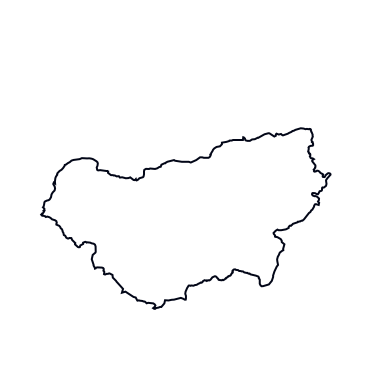 Sijunjung, Sumatera Barat, Indonesia, rotated 308°
{"feature_id": "22746128B5140836931072", "entity_name": "Sijunjung", "entity_type": "district", "adm_level": 2, "iso_a3": "IDN", "parent_name": "Indonesia", "parent_adm1": "Sumatera Barat", "projection": "orthographic", "projection_center": [101.017, -0.649], "detail": "fine", "context": "isolated", "style": "outline", "palette": "ink", "viewbox_px": 384, "rotation_deg": 308, "n_neighbors": 0, "source": "geoboundaries", "source_scale": "gbopen_adm2", "svg_char_len": 5957}
<svg xmlns="http://www.w3.org/2000/svg" viewBox="0 0 384 384"><g transform="rotate(308 192 192)"><path d="M314.5,246.6L314.1,245.8L313.1,245.0L312.5,243.7L311.4,242.8L310.7,240.9L309.2,238.5L304.6,235.2L302.9,234.5L301.9,233.6L300.7,233.4L298.3,232.1L296.9,231.6L292.6,228.8L292.4,227.9L292.5,226.4L290.7,225.0L290.0,222.7L289.0,222.6L287.9,223.4L286.4,222.7L285.9,216.9L285.3,216.0L282.1,213.6L275.4,210.8L275.3,210.4L272.3,209.0L270.4,207.0L267.9,206.1L266.5,204.3L265.8,202.8L265.8,202.0L266.7,200.8L266.9,199.3L266.7,198.7L264.3,200.1L258.2,192.3L257.1,191.7L255.6,189.9L255.0,189.9L252.6,188.2L249.3,185.2L248.0,186.2L245.2,185.9L242.6,183.6L240.0,182.7L238.3,182.6L236.6,183.0L234.8,183.1L232.8,183.9L232.6,183.6L232.1,184.2L230.3,184.4L229.1,183.9L226.3,180.4L225.6,178.7L224.3,177.0L219.8,175.7L214.5,172.9L213.8,170.8L209.6,165.5L206.2,159.4L206.1,158.2L200.7,154.0L199.1,153.3L198.3,153.3L198.0,152.8L194.7,151.1L192.6,151.8L191.7,150.9L189.2,150.0L187.4,148.7L184.7,144.5L183.7,144.0L181.9,141.5L180.4,140.9L180.0,140.8L178.8,141.4L176.4,143.3L174.3,144.3L173.4,144.2L170.5,142.1L168.6,141.9L167.1,141.3L167.1,140.5L167.6,139.8L166.2,139.7L165.5,138.5L165.5,134.3L163.9,133.4L162.1,131.4L160.6,127.9L159.0,126.3L159.4,124.6L157.9,123.0L157.5,120.9L156.8,120.2L156.7,119.5L155.4,117.7L155.4,114.0L157.3,112.9L157.0,113.0L155.9,111.7L152.7,106.2L151.2,104.7L151.1,103.6L152.7,101.8L154.4,101.4L156.4,100.3L157.2,99.3L157.4,97.8L157.0,94.0L156.5,92.5L155.5,90.6L153.7,88.4L150.9,84.4L148.7,83.2L144.3,78.9L142.5,77.7L140.3,77.3L138.3,76.4L136.0,75.8L135.0,75.1L134.2,75.5L131.5,75.7L129.2,75.5L127.0,74.7L124.0,74.4L122.8,74.8L122.6,75.2L120.4,75.3L118.8,75.8L115.9,77.5L114.5,78.8L114.5,77.3L113.2,77.6L112.7,78.0L111.8,80.4L110.5,81.9L108.6,82.8L106.0,82.5L103.6,82.8L101.1,84.1L98.8,84.4L98.0,84.3L96.9,83.8L96.2,83.1L94.1,82.0L93.1,82.0L91.2,83.1L89.0,84.1L88.2,84.0L87.9,86.0L86.8,86.6L87.1,86.7L86.2,86.6L86.5,87.2L85.4,87.5L82.8,87.6L82.7,87.2L81.3,87.1L81.1,88.6L81.6,88.8L82.2,90.8L82.5,91.3L82.3,92.2L83.6,93.2L84.2,94.8L84.5,96.4L84.3,98.5L85.4,101.4L85.5,103.0L84.5,104.4L83.2,104.8L82.8,105.2L83.6,108.2L83.3,109.7L82.6,110.9L82.6,112.4L81.8,113.8L81.1,114.5L80.7,115.7L79.2,117.5L79.5,119.0L78.6,121.0L78.8,122.6L79.3,123.3L80.3,123.7L81.4,125.3L80.4,127.1L79.9,131.5L79.0,131.7L78.7,132.1L78.4,136.0L78.8,136.9L79.5,137.5L81.1,136.9L84.0,138.2L85.0,137.4L86.8,138.4L87.2,138.9L87.3,140.1L87.7,140.2L89.4,142.9L89.8,144.6L90.7,146.3L90.8,147.9L89.8,149.5L85.5,153.0L84.7,153.2L81.3,152.5L77.3,154.4L74.1,159.2L73.4,159.8L72.4,162.2L71.9,162.7L72.5,163.1L73.3,163.0L74.3,163.8L77.0,167.6L77.4,168.9L77.0,169.9L75.4,170.7L75.4,171.6L74.8,172.3L73.1,173.2L73.2,173.8L73.7,174.5L74.9,175.1L75.9,176.3L76.6,176.6L77.1,177.2L77.7,180.4L75.8,182.3L75.2,186.9L74.9,187.6L73.2,197.3L69.5,198.8L72.5,200.9L73.3,210.5L74.2,212.6L72.8,215.7L72.9,216.1L73.9,216.8L74.2,217.7L75.7,220.2L75.8,221.1L76.4,221.9L76.6,222.5L76.4,224.8L77.7,225.7L80.4,230.1L80.5,231.8L80.1,233.0L78.5,233.3L76.6,232.9L76.7,234.2L77.3,234.9L78.5,235.2L80.2,236.7L81.9,237.7L82.5,238.6L87.2,238.8L90.1,237.4L92.1,240.3L94.6,242.4L96.1,244.1L101.7,248.4L102.5,250.9L102.7,252.6L103.3,253.3L104.3,252.8L106.4,251.2L107.6,249.4L109.5,248.3L113.3,247.3L116.2,247.0L117.0,247.9L117.1,248.5L117.9,249.0L119.1,250.9L120.6,251.7L121.2,252.4L122.5,253.2L123.5,253.4L124.8,254.2L125.9,254.5L126.1,255.1L126.8,255.3L127.1,255.7L128.9,255.6L130.3,256.3L130.4,257.0L131.0,257.5L131.0,258.3L131.7,258.4L131.8,258.9L132.7,259.4L133.1,260.2L134.4,260.6L137.3,260.6L139.6,261.8L140.1,262.6L140.1,263.8L139.8,264.6L139.8,266.1L139.3,266.6L139.3,267.4L140.8,269.9L141.5,270.1L141.9,271.0L143.5,271.6L144.9,271.7L144.9,272.0L147.6,272.4L147.8,272.8L148.6,272.8L149.7,273.7L151.1,273.7L151.7,273.4L153.5,273.7L153.7,273.0L154.9,272.9L155.1,272.4L156.5,272.6L157.1,273.0L157.7,273.8L157.7,274.6L158.8,276.4L158.8,277.8L159.8,279.2L159.9,279.9L160.8,281.0L160.8,282.7L162.2,285.5L163.1,286.0L162.3,285.9L162.7,287.3L163.2,287.6L163.1,288.8L165.4,293.8L166.2,296.4L165.4,297.9L165.1,297.9L164.6,299.4L161.4,301.9L160.6,303.6L160.6,304.9L161.6,306.0L166.5,309.5L171.1,309.6L175.1,308.2L176.0,307.4L180.1,305.9L185.4,304.7L187.5,304.7L190.1,301.7L191.4,300.5L194.0,299.4L195.4,299.3L198.3,298.5L201.7,299.4L202.3,299.8L203.4,298.8L207.7,297.0L207.8,293.6L208.9,292.6L209.5,290.9L209.0,287.1L207.9,285.1L208.0,284.8L208.9,284.3L209.3,282.3L209.9,281.5L213.0,281.8L215.0,282.5L215.2,283.7L216.8,285.8L220.4,289.0L223.2,290.3L224.1,289.7L224.6,289.7L225.6,289.8L226.3,290.8L226.9,290.7L227.8,291.1L229.0,291.1L233.1,293.8L233.7,293.7L234.2,294.4L234.9,294.7L235.3,295.3L236.9,296.0L237.4,296.7L239.5,297.1L247.6,297.1L249.0,297.6L250.9,297.3L252.1,297.7L255.6,297.2L256.4,296.7L257.9,296.5L258.7,297.1L259.8,299.8L261.8,298.8L262.0,297.2L263.9,296.9L265.1,296.1L265.3,293.2L264.8,291.8L264.1,291.1L263.6,289.3L263.9,288.2L264.6,287.7L265.3,287.6L266.1,288.6L266.8,289.6L267.1,291.3L267.8,292.6L268.6,292.6L271.2,292.1L271.9,292.8L272.8,293.3L273.6,293.2L275.3,292.0L275.9,292.0L276.4,292.9L276.8,293.2L279.4,293.8L281.2,293.0L283.5,290.6L284.1,290.3L286.3,290.2L290.9,290.5L291.4,290.0L291.5,289.2L291.0,288.1L290.2,287.5L287.7,287.0L285.4,287.3L285.0,286.8L284.5,285.8L284.6,285.5L285.5,285.1L285.8,284.6L286.5,284.6L286.6,283.9L286.1,281.6L286.5,279.8L286.4,278.5L285.8,277.4L284.4,276.9L283.4,275.9L283.5,275.3L284.4,274.9L284.5,274.2L286.9,274.2L287.2,273.8L287.8,273.8L289.0,272.8L290.2,267.9L290.7,267.4L291.8,267.4L292.9,267.8L292.8,266.4L292.0,265.2L291.9,264.5L292.7,262.9L293.2,263.0L294.3,262.2L294.4,260.9L294.8,261.0L294.8,260.2L295.4,259.3L295.3,258.7L297.6,257.6L298.5,256.9L298.7,256.5L299.7,256.3L301.3,257.0L302.8,258.6L303.7,258.5L304.4,257.6L304.8,257.5L305.3,256.6L305.2,256.1L305.6,256.1L305.6,255.4L306.6,254.0L310.0,253.1L310.4,252.5L311.4,251.8L312.8,249.5L312.9,248.8L313.4,248.4L313.8,247.4L314.4,247.2L314.5,246.6Z" fill="none" stroke="#020617" stroke-width="2"/></g></svg>